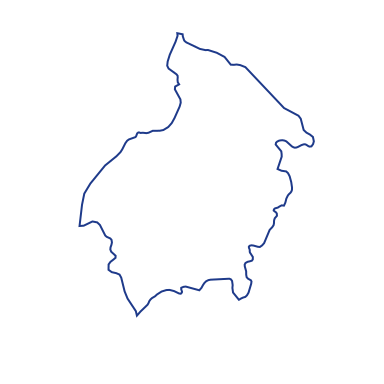 SVG path tracing the border of Marijampoles, rotated 36°
{"feature_id": "LTU-1070", "entity_name": "Marijampoles", "entity_type": "County", "adm_level": 1, "iso_a3": "LTU", "parent_name": "Lithuania", "parent_adm1": "", "projection": "mercator", "projection_center": [23.274, 54.666], "detail": "fine", "context": "isolated", "style": "outline", "palette": "blue", "viewbox_px": 384, "rotation_deg": 36, "n_neighbors": 0, "source": "natural_earth", "source_scale": "10m", "svg_char_len": 2796}
<svg xmlns="http://www.w3.org/2000/svg" viewBox="0 0 384 384"><g transform="rotate(36 192 192)"><path d="M149.3,278.4L147.4,278.2L136.9,272.8L133.2,272.3L128.9,274.3L128.6,274.7L124.2,282.9L121.0,285.6L110.5,266.9L105.8,256.6L104.8,244.9L106.1,221.6L109.9,207.3L110.7,201.8L110.5,198.5L109.4,191.7L109.4,188.6L110.1,186.5L114.0,180.8L114.0,179.6L113.6,178.3L113.2,176.8L113.6,175.4L114.2,174.9L115.6,174.5L117.5,172.9L120.5,171.2L122.0,169.6L124.3,165.5L129.8,161.5L132.4,158.7L134.6,153.4L135.1,148.1L134.4,142.5L131.8,130.2L130.4,126.4L128.2,123.9L117.8,119.0L116.4,116.6L118.3,112.5L116.0,111.6L114.3,109.7L113.1,107.7L112.0,106.4L110.3,105.9L100.5,105.9L97.7,104.4L95.6,100.7L93.3,93.9L90.4,80.2L88.5,74.1L86.8,72.2L91.7,69.9L93.1,71.5L96.3,73.8L97.3,74.2L99.5,74.3L114.3,71.6L119.5,69.3L121.5,67.7L130.2,64.8L139.0,63.6L148.5,66.2L151.0,64.6L153.2,62.6L156.4,61.0L161.8,59.6L217.2,70.0L233.3,67.7L236.9,68.8L245.9,76.2L249.7,76.7L253.7,76.2L257.5,76.4L260.8,79.4L261.8,82.1L261.8,84.9L260.4,86.2L259.2,86.5L256.9,86.6L255.8,86.8L254.9,87.3L254.2,88.0L253.0,89.7L251.1,93.5L250.1,94.9L249.0,95.8L247.7,96.2L246.1,96.4L238.6,95.6L236.7,96.0L234.8,96.9L233.6,97.9L232.3,99.2L231.3,101.1L231.0,102.7L231.8,104.4L240.3,106.6L242.2,108.6L243.8,110.7L247.7,123.1L251.9,122.2L256.1,120.0L258.6,120.3L261.8,121.9L266.5,125.7L270.3,129.6L271.6,131.5L272.1,133.2L272.1,134.8L271.7,136.8L271.6,138.4L272.2,141.9L273.2,144.3L273.8,145.9L274.4,149.0L272.4,150.1L272.0,150.9L271.3,152.3L270.6,154.2L268.8,156.4L268.5,157.9L269.0,159.0L270.3,159.1L272.0,159.1L273.3,159.6L274.7,161.3L274.4,164.6L275.0,166.5L275.9,168.0L276.6,168.9L277.5,170.9L277.6,173.2L277.1,177.0L280.4,191.0L280.1,194.0L279.2,196.6L277.5,197.6L273.2,199.2L271.4,200.2L270.2,201.7L270.2,202.9L270.9,203.7L272.1,204.4L272.9,205.1L273.6,206.1L274.4,206.9L279.4,208.8L280.8,210.8L280.8,212.4L279.5,214.1L278.0,215.8L277.0,218.0L277.3,219.8L278.5,221.2L282.4,224.3L284.5,227.1L286.3,228.8L288.3,229.2L291.5,228.8L292.7,229.4L293.8,231.4L296.9,240.2L297.2,243.3L296.8,245.5L295.3,247.5L294.3,249.3L293.3,251.6L284.3,249.2L281.1,245.9L279.6,243.4L276.7,240.4L274.8,239.8L273.2,240.2L258.6,252.0L257.1,253.6L255.9,255.9L255.5,258.5L255.6,260.9L256.0,264.0L255.9,265.0L255.7,267.2L242.5,272.2L240.9,273.7L239.6,275.8L240.4,277.0L242.5,278.5L242.9,279.3L242.7,280.9L241.2,281.7L235.7,282.7L231.4,284.4L228.9,286.4L225.9,290.4L223.9,295.5L223.4,298.1L222.0,301.3L221.6,303.3L221.6,305.4L222.1,307.4L222.3,309.3L220.6,318.9L220.1,324.4L216.6,321.4L202.5,316.1L195.9,312.0L185.1,302.9L181.9,301.4L178.4,302.2L174.2,304.0L170.2,304.0L167.1,299.6L167.1,296.4L168.1,293.0L168.8,290.2L167.7,288.5L161.7,287.8L159.7,286.5L158.6,284.6L157.9,282.2L156.9,279.9L155.0,278.0L153.2,277.6L149.3,278.4Z" fill="none" stroke="#1e3a8a" stroke-width="2"/></g></svg>